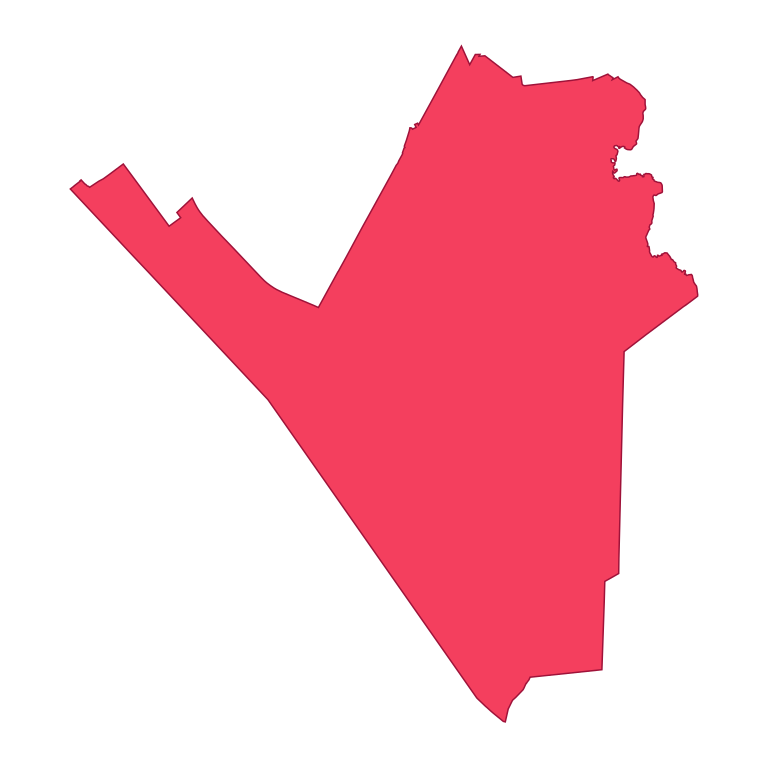 Stadskanaal, Groningen, Netherlands
{"feature_id": "6326949B23876978853895", "entity_name": "Stadskanaal", "entity_type": "district", "adm_level": 2, "iso_a3": "NLD", "parent_name": "Netherlands", "parent_adm1": "Groningen", "projection": "albers", "projection_center": [7.027, 52.996], "detail": "fine", "context": "isolated", "style": "filled", "palette": "rose", "viewbox_px": 768, "rotation_deg": 0, "n_neighbors": 0, "source": "geoboundaries", "source_scale": "gbopen_adm2", "svg_char_len": 5987}
<svg xmlns="http://www.w3.org/2000/svg" viewBox="0 0 768 768"><path d="M505.3,721.9L508.2,709.0L512.4,700.5L512.8,700.0L515.7,697.4L523.1,689.7L524.1,687.8L525.8,683.9L526.2,683.3L526.4,683.4L526.6,683.1L526.9,682.5L528.9,679.9L530.1,677.2L601.9,669.7L604.3,599.6L604.8,581.4L618.7,573.5L618.9,558.0L622.6,404.9L623.3,379.9L624.1,351.6L645.5,335.1L683.1,306.9L686.2,304.7L686.2,304.8L697.6,296.2L697.7,295.1L697.7,294.6L697.3,291.9L697.0,288.9L696.6,286.7L696.4,286.0L695.0,284.2L694.5,283.3L693.8,282.4L693.7,282.0L693.0,278.9L692.7,278.0L692.3,275.8L692.1,275.3L691.4,274.5L691.1,274.4L690.2,274.7L689.0,274.7L686.7,275.5L686.4,275.4L686.0,274.5L685.7,274.0L685.3,273.9L684.9,274.3L684.6,274.2L684.6,273.8L685.1,272.8L685.4,271.4L685.4,271.1L685.2,270.8L684.3,270.4L684.1,270.4L683.7,270.7L682.9,271.6L682.4,271.9L681.8,271.9L681.5,271.6L681.2,270.9L680.8,270.3L678.7,269.6L676.4,268.2L676.2,267.8L676.6,266.1L675.7,264.3L675.6,262.7L675.3,262.5L674.9,262.4L674.4,262.1L673.6,261.2L672.7,259.8L672.5,259.6L671.4,259.5L671.0,258.6L669.8,256.4L668.2,254.5L667.1,253.0L664.8,252.8L664.4,253.0L663.2,253.8L661.8,254.1L661.6,254.3L661.6,254.5L662.0,255.2L661.9,255.4L660.8,255.5L659.3,256.1L659.0,256.1L658.3,255.4L657.8,255.2L657.5,255.3L657.3,257.1L657.1,257.4L656.5,257.4L655.1,256.0L654.7,255.8L654.1,255.9L653.5,256.7L653.0,257.0L652.2,256.7L651.5,255.8L650.8,254.5L649.8,252.7L649.5,251.7L649.6,250.5L649.2,247.7L649.0,246.7L648.9,246.5L647.7,246.6L647.4,246.5L647.3,246.2L647.8,245.2L647.8,243.7L647.4,242.4L645.9,238.1L645.8,237.7L645.9,236.8L646.0,236.4L646.9,234.6L647.7,232.6L648.4,231.2L648.6,230.3L649.5,229.6L649.8,229.1L649.7,228.6L649.3,227.4L649.2,227.1L650.0,224.8L651.2,224.0L651.7,223.4L651.8,223.1L651.9,222.4L651.8,221.4L651.8,220.7L653.2,216.2L652.9,214.8L653.3,213.6L653.4,212.9L653.5,212.2L653.7,211.0L654.0,208.5L654.2,203.5L653.4,200.8L652.9,197.4L652.9,196.7L653.3,195.9L653.7,195.3L654.0,195.1L654.4,195.1L655.9,195.5L656.2,195.4L656.9,194.9L658.3,193.8L660.0,193.3L662.0,192.5L662.2,192.2L662.4,191.6L662.3,188.7L662.2,185.8L662.0,184.9L661.8,184.4L660.9,183.0L660.7,182.8L659.7,182.5L657.7,182.3L654.3,181.0L654.2,180.8L653.9,179.8L653.8,179.6L652.8,179.1L652.5,178.8L652.5,178.6L652.6,178.2L653.0,177.7L653.0,177.4L652.8,177.2L651.8,176.8L651.7,176.3L651.6,175.3L651.5,175.0L651.2,174.8L650.4,174.3L649.4,173.8L648.8,173.7L646.8,173.7L646.2,173.5L645.9,173.5L644.9,174.2L643.9,174.4L643.8,174.7L643.9,175.4L643.9,176.4L643.8,176.7L643.1,176.8L642.4,176.7L642.3,176.4L642.3,175.7L642.1,175.5L640.7,175.2L640.4,174.9L640.3,174.2L639.9,174.1L639.0,174.4L638.4,174.0L638.1,173.7L637.7,173.4L637.3,173.3L636.8,173.6L636.6,175.0L636.3,175.3L634.8,175.6L633.4,175.7L632.6,175.9L630.7,176.0L629.6,176.7L628.7,177.0L628.1,177.1L626.3,177.1L625.9,177.1L625.4,176.8L624.5,176.7L624.1,176.8L623.8,177.2L623.1,177.6L622.5,177.6L620.9,177.5L619.5,177.6L619.1,177.9L619.0,178.5L619.6,180.0L619.6,180.3L619.4,180.9L618.9,181.2L618.7,181.2L617.9,180.7L617.6,180.3L616.3,178.9L615.7,178.4L614.2,178.7L613.8,178.2L613.5,178.0L613.4,177.7L613.5,177.0L614.2,176.8L614.0,176.2L613.1,174.7L612.7,174.0L612.6,172.9L612.6,171.8L612.8,171.2L613.0,171.4L613.5,172.7L613.7,172.9L614.2,173.1L614.9,172.8L616.9,171.0L617.1,170.5L617.1,169.8L617.0,169.4L616.9,169.2L616.5,169.2L615.7,169.5L615.2,169.9L614.7,170.1L613.9,169.3L613.8,169.0L613.8,168.2L613.4,166.6L613.4,166.3L613.6,166.0L614.7,165.0L615.0,163.3L615.0,163.0L614.9,162.8L614.6,162.8L612.9,162.9L612.1,162.6L611.4,162.1L611.2,161.8L611.3,160.8L610.9,159.8L610.9,159.5L611.2,158.7L613.4,158.8L613.9,159.1L614.3,159.6L614.5,160.3L615.1,161.4L615.2,161.5L615.7,161.3L615.9,160.9L616.3,159.1L616.4,158.2L616.3,157.9L616.0,155.9L616.2,155.4L616.6,155.2L617.1,154.6L617.9,151.2L617.4,150.0L616.8,149.4L614.9,148.5L614.3,148.0L613.9,147.2L614.0,146.7L614.3,146.1L614.6,145.8L616.5,145.5L617.3,145.8L618.0,146.5L618.3,146.7L618.6,146.8L619.6,146.6L619.8,146.8L619.6,147.0L618.8,147.8L618.8,148.0L619.1,148.3L619.7,148.1L621.8,146.6L623.0,146.4L623.8,146.4L624.9,147.1L624.5,147.9L625.9,148.9L626.7,149.3L627.7,149.6L630.5,149.8L631.6,149.4L632.1,148.6L633.1,146.9L633.5,146.4L636.5,144.0L636.6,143.6L636.5,143.0L636.0,141.1L637.5,139.2L637.7,138.9L638.0,138.3L638.4,134.8L639.0,128.0L639.2,126.9L639.4,126.3L640.2,124.9L641.9,122.4L642.3,121.7L642.6,121.0L643.0,119.6L643.2,118.9L643.2,115.9L643.1,114.8L642.9,113.9L642.9,113.1L643.1,112.1L643.7,111.0L645.4,109.4L645.6,108.9L645.7,108.4L645.6,107.0L645.1,104.4L645.1,99.6L642.5,97.3L642.0,96.6L640.5,94.7L639.6,93.1L638.7,92.0L638.0,91.3L637.3,90.5L633.6,87.0L630.5,84.6L629.7,84.1L626.9,83.0L620.2,79.2L618.8,78.0L618.3,77.3L618.0,76.8L612.3,79.7L613.1,78.0L612.8,77.6L611.3,76.7L609.8,75.6L608.3,74.7L607.9,74.1L592.7,80.6L593.1,77.3L593.0,76.8L592.8,76.7L577.4,79.6L571.5,80.4L525.9,85.6L524.7,85.7L523.4,85.4L523.1,85.2L522.4,84.6L522.1,84.0L520.9,76.1L512.9,77.4L484.9,55.8L479.0,56.3L480.0,54.4L475.3,54.5L469.7,64.7L461.4,46.1L458.1,52.1L458.2,52.3L456.8,54.9L456.7,54.8L438.9,87.7L418.5,125.0L417.6,123.2L414.7,124.5L416.1,127.4L412.5,129.2L412.4,129.1L412.1,128.5L411.6,128.1L411.0,127.9L410.3,127.8L409.9,127.8L409.4,130.5L409.0,131.9L406.3,140.6L404.3,146.2L404.9,147.6L404.1,148.0L402.4,153.0L402.7,153.7L398.8,160.8L397.8,163.3L396.2,165.3L391.0,175.1L368.7,215.6L362.4,227.0L346.4,256.7L338.3,271.4L338.0,271.7L318.4,307.5L313.7,305.4L281.3,291.9L281.1,291.7L276.7,289.6L273.8,287.9L270.1,285.4L266.8,282.9L264.4,280.8L260.7,277.1L232.4,247.2L221.8,236.2L207.6,221.0L203.3,216.2L203.2,216.2L199.8,211.8L198.3,209.6L196.9,207.3L195.0,203.8L192.2,198.0L176.9,212.5L180.7,217.7L169.1,226.2L133.2,177.4L123.3,164.0L108.7,174.9L103.3,178.8L98.8,181.2L89.6,187.3L88.8,186.5L88.5,186.3L87.4,186.1L85.7,184.4L84.9,184.0L81.1,179.9L80.0,180.8L80.3,181.1L74.0,186.0L73.9,186.2L70.3,189.0L133.7,256.6L147.7,271.4L267.9,399.6L476.6,697.7L477.2,698.4L485.7,706.5L486.7,707.3L491.2,711.4L493.3,713.2L503.3,721.4L505.3,721.9Z" fill="#f43f5e" stroke="#9f1239" stroke-width="1.5"/></svg>